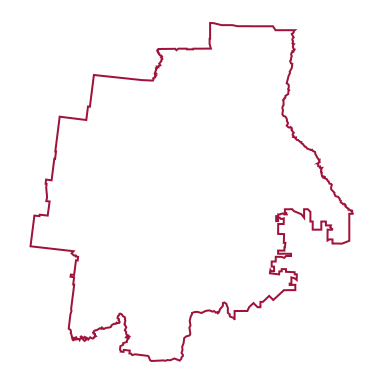 outline of Horsham, Victoria, Australia
{"feature_id": "25037944B92361056365890", "entity_name": "Horsham", "entity_type": "district", "adm_level": 2, "iso_a3": "AUS", "parent_name": "Australia", "parent_adm1": "Victoria", "projection": "robinson", "projection_center": [142.219, -36.829], "detail": "fine", "context": "isolated", "style": "outline", "palette": "rose", "viewbox_px": 384, "rotation_deg": 0, "n_neighbors": 0, "source": "geoboundaries", "source_scale": "gbopen_adm2", "svg_char_len": 5928}
<svg xmlns="http://www.w3.org/2000/svg" viewBox="0 0 384 384"><path d="M93.9,75.0L89.9,106.7L88.0,106.5L86.3,120.0L59.7,116.7L55.3,151.4L56.0,151.4L55.1,158.9L54.3,158.7L51.6,180.3L46.1,179.6L45.6,183.8L46.6,183.9L46.2,187.5L47.1,197.3L46.3,201.1L49.6,201.5L47.7,215.6L39.7,214.7L39.5,216.1L34.4,215.6L30.5,246.3L73.5,251.2L71.6,253.3L73.8,255.4L75.9,255.6L75.8,256.5L78.1,256.8L77.7,260.5L76.0,260.3L74.1,274.9L70.9,274.6L70.5,276.7L74.1,277.2L73.2,284.5L74.2,284.6L71.1,309.1L71.5,311.0L70.4,314.4L68.7,328.7L70.5,329.9L71.0,331.8L70.7,333.2L71.4,334.4L71.9,337.0L72.6,337.4L72.2,338.2L72.9,340.2L72.5,340.7L74.2,339.7L72.8,338.6L76.2,337.3L76.5,338.0L75.7,338.8L75.8,339.5L78.7,338.9L79.5,340.0L79.7,339.2L81.2,338.5L81.4,337.6L80.7,336.9L81.2,336.4L81.8,336.8L81.9,337.9L83.2,337.6L83.1,339.5L84.5,340.9L86.1,339.8L85.9,338.4L84.8,337.7L85.0,337.0L87.5,338.3L88.3,339.5L90.2,337.3L92.5,338.6L93.7,338.1L93.9,337.3L95.9,336.2L95.0,335.4L95.0,334.0L93.5,333.6L93.1,332.7L94.1,331.8L93.9,331.3L95.3,330.3L96.6,330.2L99.7,328.3L101.4,328.8L101.4,327.8L101.8,327.4L103.8,329.0L106.0,327.9L109.9,327.4L111.2,326.6L111.2,325.9L111.9,325.0L113.9,323.8L115.8,323.9L116.6,322.6L117.8,323.2L119.4,322.8L119.6,321.6L118.5,320.1L119.0,319.2L117.5,318.0L118.0,316.0L119.1,315.2L119.5,313.8L120.1,313.6L121.6,314.2L123.2,316.4L124.6,317.0L125.2,318.6L124.9,319.5L125.4,320.6L124.7,323.1L125.0,323.8L124.5,324.4L126.3,327.2L124.8,330.2L126.1,331.8L126.2,333.7L126.7,334.9L128.3,335.5L128.1,335.9L128.6,336.2L126.6,336.6L126.0,337.4L128.8,338.1L126.9,340.4L126.9,341.9L123.1,343.2L123.2,344.7L120.4,346.2L120.0,349.8L121.0,351.0L120.8,351.6L123.5,351.9L123.8,349.9L129.8,350.6L129.4,353.4L131.1,353.7L132.2,355.1L135.2,354.3L147.8,355.9L148.5,356.2L150.1,360.2L151.5,361.0L163.5,360.4L165.5,360.8L167.5,360.0L170.1,360.3L174.4,358.5L179.7,360.6L181.2,358.9L181.7,357.1L182.9,356.0L182.9,354.9L181.5,352.8L182.5,350.3L182.2,346.7L183.6,343.1L184.2,338.1L186.2,336.4L189.2,335.6L190.1,334.7L190.3,333.3L189.4,327.6L190.5,325.5L189.7,320.9L190.8,316.3L191.8,314.8L192.0,313.0L194.8,312.0L197.5,311.9L201.5,313.0L205.7,310.9L209.4,310.4L212.5,311.6L214.2,311.1L215.8,312.6L217.1,312.2L217.8,313.3L218.5,312.7L217.9,312.0L219.3,311.4L219.9,309.4L222.9,305.8L222.9,303.0L224.4,302.5L226.3,303.8L227.9,308.2L227.8,312.8L229.8,314.4L229.6,315.7L230.2,316.7L233.8,317.9L234.6,319.9L234.6,311.0L247.4,311.0L249.1,307.2L253.5,303.1L257.6,307.2L260.4,307.2L260.5,301.9L262.9,301.9L269.2,295.9L273.3,300.0L283.9,290.2L295.3,290.1L295.3,284.8L289.7,285.0L289.7,283.6L291.4,283.6L291.4,277.4L294.7,278.4L296.7,280.0L296.8,274.3L294.7,274.3L294.6,272.2L286.0,271.8L286.0,269.1L281.7,269.1L281.7,271.3L279.3,271.4L279.1,274.4L269.9,273.3L270.4,270.0L271.2,271.1L274.1,271.1L274.0,266.6L271.7,266.6L271.7,261.5L275.7,261.5L275.8,256.8L281.7,256.9L284.2,257.9L286.0,256.0L291.0,256.0L291.0,253.8L278.1,253.7L278.1,250.6L284.4,250.6L284.4,247.4L284.9,247.4L285.4,242.9L283.8,242.9L284.1,234.1L278.1,233.9L278.2,224.0L283.7,224.0L283.8,218.4L281.7,219.0L280.7,218.8L279.7,217.7L278.1,217.7L278.1,221.1L276.2,221.1L276.2,216.1L278.2,216.1L278.2,214.4L280.1,214.4L281.3,213.7L283.3,213.5L284.0,214.4L286.7,214.4L286.2,212.9L284.9,212.4L284.9,209.3L292.2,209.2L293.9,211.1L301.3,214.2L304.1,217.8L304.1,209.2L307.7,209.2L310.4,211.8L310.4,221.5L312.7,221.5L312.7,229.7L321.3,229.7L321.3,221.5L325.9,221.5L325.9,225.4L330.9,225.4L330.2,227.2L332.3,229.1L332.0,229.8L327.6,229.6L327.5,240.5L329.6,239.3L332.5,239.5L332.5,243.5L342.1,243.6L349.3,240.8L349.3,213.8L353.5,213.8L352.4,213.3L351.9,211.4L352.2,210.8L351.7,210.4L350.7,210.7L349.2,209.4L348.5,209.7L348.1,208.4L347.1,207.9L345.9,206.9L346.0,206.2L345.2,205.9L345.3,204.5L344.3,203.9L343.1,204.3L342.7,203.5L340.7,202.3L340.8,200.8L339.7,199.8L339.6,198.7L338.9,197.7L338.1,196.9L335.5,196.1L334.3,193.8L334.5,192.8L331.3,189.5L331.0,187.8L331.8,184.6L331.0,183.9L329.4,183.6L328.7,181.4L327.9,181.1L326.7,179.0L324.5,178.2L324.9,177.0L323.8,176.4L322.9,177.3L322.2,176.5L321.6,174.1L321.8,172.7L321.2,172.6L320.9,171.0L321.4,170.4L321.1,169.1L321.5,168.6L320.9,168.3L321.4,167.9L320.3,167.9L320.1,166.9L319.8,167.2L319.6,166.6L318.2,166.2L318.2,163.4L317.6,163.4L319.6,162.2L319.1,161.1L319.5,160.8L319.6,159.7L318.9,159.8L317.5,157.9L315.4,154.1L315.1,152.0L312.6,150.8L312.0,149.7L311.0,150.0L307.1,148.5L305.7,146.7L304.7,146.6L303.0,144.1L301.4,143.3L301.4,142.1L299.7,141.6L298.3,140.1L296.7,139.8L295.7,138.5L295.9,137.5L294.8,137.7L294.4,137.1L293.0,136.9L293.5,135.8L292.7,135.0L292.6,134.2L293.8,132.8L291.5,130.1L292.0,129.1L291.5,128.5L291.7,128.0L290.5,127.0L289.5,127.6L288.4,127.3L286.7,125.6L287.9,123.7L287.9,122.6L287.0,121.4L286.8,118.9L285.5,116.7L283.4,115.9L282.3,114.1L283.0,110.4L282.4,108.3L282.7,106.3L283.5,105.3L283.6,102.8L283.5,101.0L283.0,100.1L284.3,99.0L284.2,98.4L285.4,97.6L285.3,96.0L288.2,94.0L288.5,90.7L289.1,90.2L288.1,89.0L288.7,87.8L288.8,85.2L287.7,83.8L286.7,83.3L288.6,75.9L290.0,73.0L289.7,71.7L291.8,68.1L292.3,63.8L291.0,63.4L290.1,61.0L290.9,60.0L291.2,57.6L291.8,56.2L291.1,54.4L291.7,52.6L293.0,52.0L292.5,51.2L294.0,50.7L294.6,49.5L293.7,49.3L292.8,46.6L293.2,45.8L293.0,44.7L293.9,44.0L292.5,43.3L293.1,41.3L292.3,39.8L292.7,38.3L293.7,37.4L291.7,34.0L293.2,33.0L293.8,32.0L293.6,31.3L294.8,30.2L275.5,30.2L273.0,26.3L237.6,26.2L232.2,25.1L221.5,25.1L213.9,23.2L210.1,23.0L210.1,38.8L209.6,38.8L209.6,44.1L210.9,48.6L193.3,48.7L193.2,49.3L186.8,49.3L186.7,48.7L178.3,48.7L176.4,50.2L175.2,48.8L158.6,49.0L157.7,49.5L157.3,50.5L158.1,50.4L158.0,52.7L159.2,53.3L159.0,54.2L159.8,55.2L161.0,55.4L162.0,56.5L161.0,57.3L162.1,58.3L161.8,58.9L162.2,59.2L161.3,60.2L161.4,61.1L159.2,63.7L160.3,65.3L158.4,66.1L158.4,67.2L156.7,66.7L156.9,68.2L155.9,68.4L156.2,69.8L155.1,72.4L156.2,73.6L154.8,73.9L155.2,75.4L155.8,75.6L155.0,76.4L155.4,76.8L155.0,77.5L153.2,78.3L153.5,79.6L152.8,80.6L142.1,80.1L93.9,75.0Z" fill="none" stroke="#9f1239" stroke-width="2"/></svg>